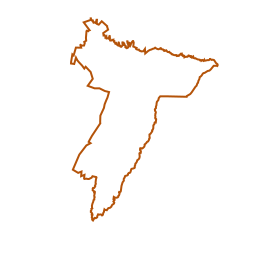 outline of Zvimba, Mashonaland West, Zimbabwe, rotated 194°
{"feature_id": "62879985B3462136177187", "entity_name": "Zvimba", "entity_type": "district", "adm_level": 2, "iso_a3": "ZWE", "parent_name": "Zimbabwe", "parent_adm1": "Mashonaland West", "projection": "equal_earth", "projection_center": [30.365, -17.376], "detail": "fine", "context": "isolated", "style": "outline", "palette": "amber", "viewbox_px": 256, "rotation_deg": 194, "n_neighbors": 0, "source": "geoboundaries", "source_scale": "gbopen_adm2", "svg_char_len": 5916}
<svg xmlns="http://www.w3.org/2000/svg" viewBox="0 0 256 256"><g transform="rotate(194 128 128)"><path d="M183.1,221.4L183.9,222.9L184.3,225.5L184.7,225.4L184.7,223.3L185.1,222.8L184.8,222.0L186.5,222.4L187.0,221.9L187.2,222.1L187.1,222.5L188.1,223.7L188.4,223.2L189.5,223.8L191.1,226.2L190.1,224.0L196.5,219.8L189.0,213.6L189.4,213.4L190.0,212.3L191.4,212.5L191.7,211.9L190.6,205.2L189.7,202.6L191.3,200.9L190.5,200.0L190.6,197.4L192.5,196.8L194.2,197.2L194.3,197.0L192.9,194.6L198.0,193.4L198.3,185.2L199.8,186.0L199.2,178.3L198.9,176.8L195.7,177.1L195.5,183.7L193.5,181.4L191.6,180.0L187.7,177.5L184.8,175.1L183.9,177.2L177.8,173.3L174.1,167.2L177.3,159.2L170.0,158.4L165.3,159.6L159.4,158.3L155.1,158.3L155.3,152.5L155.8,149.7L156.4,145.3L156.2,141.7L157.8,133.3L156.4,126.8L156.0,125.9L161.1,111.6L162.4,106.8L162.8,105.0L160.7,104.2L164.2,101.0L168.8,90.4L171.4,74.2L165.5,72.4L162.6,74.5L161.8,69.9L158.9,72.0L158.4,68.4L158.0,68.0L156.1,68.8L155.2,68.7L153.5,69.1L151.3,71.0L150.8,72.6L146.9,72.7L146.6,72.3L146.7,70.6L146.3,67.4L146.0,66.3L145.7,66.0L145.9,65.4L145.9,64.7L146.1,64.0L145.7,63.4L146.3,61.7L147.4,61.4L147.6,60.6L147.4,60.2L147.2,59.0L145.4,58.3L145.1,58.3L144.7,58.0L144.8,57.6L145.3,57.4L145.3,57.1L145.1,56.9L144.5,56.8L144.4,53.9L143.6,52.9L143.8,52.0L143.4,50.4L144.0,49.7L143.9,48.0L144.2,46.1L144.2,43.9L143.6,41.9L143.3,41.5L143.6,41.3L143.6,40.9L143.9,40.7L143.6,40.2L143.6,39.7L144.0,38.6L143.7,37.5L143.3,37.5L142.2,36.5L142.4,35.7L142.3,35.3L141.6,35.5L141.4,35.2L141.4,34.8L141.7,34.8L141.5,32.4L141.2,32.0L140.7,32.0L140.5,31.7L140.6,30.4L139.6,29.8L139.1,31.5L138.4,32.8L137.4,32.7L136.3,33.9L136.5,35.2L136.1,37.0L135.2,36.9L133.4,37.6L132.7,37.4L132.1,36.9L131.7,37.1L131.4,37.8L131.4,39.9L131.0,40.9L131.2,41.6L131.2,43.3L130.4,42.8L129.6,43.2L128.7,43.1L127.7,45.5L126.2,46.2L125.8,46.7L125.1,47.7L125.0,48.8L124.6,49.8L123.6,50.8L123.3,51.5L123.3,52.3L124.4,53.1L124.3,53.6L123.6,54.8L123.6,55.2L123.9,55.5L124.5,55.3L124.9,55.4L125.1,57.7L123.8,57.3L122.8,57.4L121.3,58.1L120.8,58.9L121.0,59.6L120.4,60.6L120.3,62.3L121.1,63.2L121.2,63.5L121.1,63.8L120.4,63.7L119.8,64.4L119.7,65.1L120.3,70.3L120.1,74.0L119.3,75.9L119.8,77.4L119.7,78.2L119.2,79.1L119.3,80.4L119.0,80.9L117.5,81.6L117.3,82.0L116.7,82.6L116.9,83.4L116.6,84.2L116.2,84.7L115.6,84.8L115.1,85.3L114.9,86.3L114.9,88.5L114.7,89.2L113.1,90.0L112.0,90.8L111.9,91.8L112.3,92.6L112.0,93.9L112.2,94.5L112.2,95.3L111.7,96.0L111.3,97.3L111.2,99.0L110.5,99.7L109.8,101.0L109.7,101.8L109.7,102.9L110.8,106.2L110.2,107.1L109.7,107.0L109.7,108.0L110.1,108.9L111.0,109.5L111.3,111.2L110.6,111.6L110.0,111.3L109.6,111.3L108.6,112.3L107.7,113.8L107.6,115.2L107.9,115.8L107.8,116.1L106.7,117.7L106.1,119.2L105.3,119.8L104.7,121.9L104.9,122.8L104.5,123.6L105.0,124.7L105.6,126.9L104.8,127.8L103.7,130.6L104.1,131.6L103.6,132.2L103.4,133.9L104.0,136.5L103.9,137.1L103.4,137.9L103.5,139.7L103.4,139.9L102.4,140.0L102.8,143.4L103.3,143.8L103.7,143.8L104.1,144.4L104.1,145.5L104.7,146.9L104.7,147.8L104.9,148.3L104.7,149.2L104.8,150.0L105.1,150.5L106.0,151.3L106.1,151.9L106.4,152.4L106.3,153.1L105.7,154.0L106.1,155.6L105.9,156.9L106.2,158.6L106.3,160.3L105.3,162.6L105.4,164.4L104.7,166.0L104.4,166.5L99.0,167.9L78.6,172.5L78.6,173.3L75.8,176.0L74.8,178.1L72.5,184.4L71.7,185.6L71.5,188.1L71.0,188.8L71.1,190.7L70.6,192.8L70.7,194.8L70.2,195.2L69.3,196.6L68.6,198.7L68.1,199.5L67.0,200.0L64.5,202.6L63.0,203.3L62.5,203.9L61.8,205.0L59.9,209.1L57.2,209.8L56.4,209.7L56.2,210.3L56.3,211.0L56.7,211.6L58.3,212.3L60.9,214.7L62.3,214.8L63.3,214.3L64.9,214.9L65.2,214.8L65.2,214.3L66.0,213.4L67.3,213.1L69.4,212.0L69.8,211.9L70.3,212.5L70.4,211.8L70.8,211.3L71.2,211.4L71.5,211.9L71.9,212.1L72.6,211.7L73.2,210.9L73.7,211.5L74.5,211.1L75.0,211.6L77.1,211.4L79.5,212.0L79.8,211.7L81.2,211.8L82.0,213.1L82.2,212.8L82.7,212.8L82.5,212.0L82.7,211.8L83.1,211.7L83.5,212.2L84.3,212.0L84.6,213.0L85.9,212.6L86.6,213.1L87.0,212.8L87.0,212.1L87.9,211.3L88.3,211.4L89.5,210.8L90.1,210.8L90.4,210.4L90.9,211.6L91.8,211.3L91.7,211.0L91.9,211.0L92.4,211.3L92.7,212.2L93.2,212.2L93.8,213.2L94.3,212.8L94.4,212.1L94.9,212.4L95.0,212.0L95.4,211.8L96.1,210.7L96.2,210.2L96.8,210.2L97.1,210.4L97.4,209.9L98.0,209.6L98.5,209.8L98.9,210.4L100.8,209.9L103.0,210.1L103.0,210.4L104.0,210.5L104.6,211.1L105.8,211.2L106.3,211.9L107.3,211.4L108.1,211.4L109.6,212.6L110.3,212.0L111.1,212.3L111.4,211.6L111.8,211.6L113.0,212.7L113.9,212.5L115.1,213.2L115.3,212.8L115.9,213.2L117.0,212.0L117.8,211.7L119.6,211.9L121.1,212.5L122.1,211.3L123.4,210.7L124.0,210.0L125.7,209.0L127.1,207.6L129.3,204.5L130.7,208.8L131.7,206.2L133.7,205.5L134.5,205.9L135.4,205.7L136.1,206.2L136.4,206.7L137.7,206.3L139.0,206.5L139.4,206.8L139.1,207.8L142.6,208.3L143.1,212.2L144.0,213.6L144.4,213.5L144.9,212.6L145.4,210.6L145.6,208.8L145.8,208.1L146.1,208.4L146.7,210.7L147.1,211.0L147.4,210.8L148.5,210.8L149.3,211.7L149.8,212.7L149.8,212.1L149.0,210.3L147.7,208.6L147.6,207.3L147.3,206.7L147.4,206.1L148.4,205.2L149.0,205.6L149.3,205.4L150.0,205.7L149.8,206.6L149.9,206.9L150.9,207.2L151.4,207.7L151.9,207.6L151.6,208.4L152.1,208.9L152.5,208.2L153.0,208.8L153.1,209.5L153.5,209.4L154.2,210.5L154.1,209.4L153.4,207.5L153.4,206.6L154.1,205.2L154.6,205.1L155.3,205.8L155.5,205.5L155.9,205.8L156.4,205.7L156.8,206.1L156.9,206.5L157.0,207.6L157.6,208.7L157.7,209.5L157.9,208.6L157.6,207.4L157.9,205.8L159.5,206.5L159.8,207.1L160.0,206.7L160.7,206.7L161.2,207.7L162.0,207.9L162.3,208.2L162.3,208.9L162.1,209.8L162.8,208.9L163.0,208.9L163.3,209.3L163.5,210.0L163.8,209.7L164.2,209.8L164.6,210.6L164.6,209.7L165.0,209.2L165.6,208.7L166.5,208.6L167.2,209.8L167.2,210.9L167.7,211.8L168.0,213.5L168.3,212.5L168.3,210.5L168.5,210.1L169.0,210.3L170.4,209.7L171.1,211.5L171.2,211.3L171.3,210.3L171.7,210.1L172.1,211.3L172.8,212.1L173.3,212.4L174.1,211.9L175.0,214.1L171.1,218.6L172.9,221.4L172.9,221.8L179.3,225.2L181.4,221.2L183.1,221.4Z" fill="none" stroke="#b45309" stroke-width="2"/></g></svg>